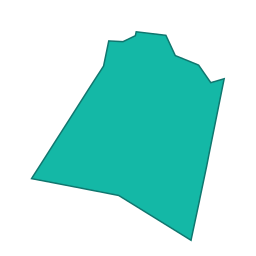 outline of General Ocampo, La Rioja, Argentina, rotated 101°
{"feature_id": "61730980B1877190753616", "entity_name": "General Ocampo", "entity_type": "district", "adm_level": 2, "iso_a3": "ARG", "parent_name": "Argentina", "parent_adm1": "La Rioja", "projection": "robinson", "projection_center": [-66.039, -31.058], "detail": "fine", "context": "isolated", "style": "filled", "palette": "teal", "viewbox_px": 256, "rotation_deg": 101, "n_neighbors": 0, "source": "geoboundaries", "source_scale": "gbopen_adm2", "svg_char_len": 539}
<svg xmlns="http://www.w3.org/2000/svg" viewBox="0 0 256 256"><g transform="rotate(101 128 128)"><path d="M226.2,44.7L224.4,44.7L196.9,44.2L186.5,44.0L183.3,44.0L150.5,43.5L143.3,43.5L137.5,43.5L61.3,43.0L67.7,55.4L52.8,70.7L47.9,95.4L29.8,108.5L32.0,138.3L36.0,138.4L44.2,149.4L46.2,163.5L71.9,163.8L73.3,164.4L78.4,166.4L81.8,167.8L97.5,174.1L128.5,186.3L157.3,197.7L177.4,205.6L193.7,212.1L196.1,213.0L196.0,183.7L196.0,179.6L196.0,150.1L196.0,124.3L208.2,92.1L226.2,44.7Z" fill="#14b8a6" stroke="#0f766e" stroke-width="1.5"/></g></svg>